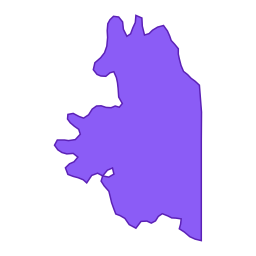 Entre Rios, Santa Catarina, Brazil (Natural Earth projection)
{"feature_id": "56859067B45764003386581", "entity_name": "Entre Rios", "entity_type": "district", "adm_level": 2, "iso_a3": "BRA", "parent_name": "Brazil", "parent_adm1": "Santa Catarina", "projection": "natural_earth1", "projection_center": [-52.594, -26.737], "detail": "fine", "context": "isolated", "style": "filled", "palette": "violet", "viewbox_px": 256, "rotation_deg": 0, "n_neighbors": 0, "source": "geoboundaries", "source_scale": "gbopen_adm2", "svg_char_len": 1550}
<svg xmlns="http://www.w3.org/2000/svg" viewBox="0 0 256 256"><path d="M163.5,25.5L157.6,27.1L152.5,30.2L149.1,33.6L144.5,35.0L142.3,26.1L141.9,18.0L135.9,15.4L135.3,22.5L132.8,27.9L130.6,33.8L126.9,36.3L123.4,29.3L122.6,21.9L118.7,17.0L113.5,16.3L110.0,19.7L107.8,23.7L107.2,30.6L107.6,37.5L106.8,46.2L104.5,52.8L100.6,57.8L94.9,62.7L93.3,69.7L97.0,74.4L100.8,76.0L105.8,76.3L110.0,72.8L113.8,71.7L116.4,77.6L117.5,82.8L118.1,88.4L118.7,97.1L122.3,103.5L119.3,107.2L115.2,106.0L111.1,107.7L106.0,107.4L101.2,105.8L96.5,106.0L92.2,109.1L88.6,114.8L83.6,118.1L79.1,116.5L73.2,113.4L67.9,114.4L67.5,119.0L70.3,122.8L74.4,126.3L78.7,129.3L80.3,134.2L75.3,139.6L68.5,140.6L64.4,140.0L57.3,140.0L54.5,145.2L57.8,149.8L61.9,152.5L66.8,153.9L73.2,153.4L77.9,157.1L74.0,161.8L69.5,163.8L65.4,167.8L67.9,174.4L73.2,176.4L78.1,177.7L83.3,179.8L86.7,182.9L91.7,175.4L97.6,173.2L102.7,175.9L101.1,181.1L104.1,185.8L108.9,191.3L110.5,197.9L111.6,202.6L113.8,208.8L115.8,214.0L120.1,215.6L124.9,218.4L129.2,224.6L135.9,228.2L141.0,221.4L146.9,221.1L151.3,223.1L155.5,220.9L158.3,216.4L162.3,213.7L167.8,215.9L171.7,217.9L175.9,218.1L181.2,218.9L180.6,224.1L179.3,228.8L184.3,232.0L189.8,236.7L195.1,239.1L201.3,240.6L201.3,185.1L201.3,160.1L201.3,147.9L201.3,140.5L201.5,112.1L199.4,85.2L195.2,81.3L191.1,78.3L187.6,74.6L183.5,71.4L181.0,65.4L179.3,58.8L178.3,54.1L178.3,48.7L174.6,44.2L171.2,40.5L169.7,36.1L167.4,30.9L163.5,25.5ZM102.7,175.9L107.4,170.2L112.5,168.0L113.9,174.1L108.7,177.1L102.7,175.9Z" fill="#8b5cf6" stroke="#5b21b6" stroke-width="1.5"/></svg>